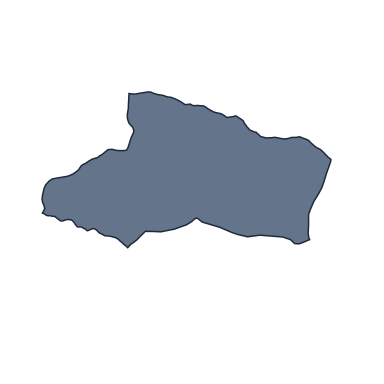 Ngatshang, Mongar, Bhutan, rotated 137°
{"feature_id": "84629894B52428030855326", "entity_name": "Ngatshang", "entity_type": "district", "adm_level": 2, "iso_a3": "BTN", "parent_name": "Bhutan", "parent_adm1": "Mongar", "projection": "albers", "projection_center": [91.33, 27.328], "detail": "fine", "context": "isolated", "style": "filled", "palette": "slate", "viewbox_px": 384, "rotation_deg": 137, "n_neighbors": 0, "source": "geoboundaries", "source_scale": "gbopen_adm2", "svg_char_len": 2954}
<svg xmlns="http://www.w3.org/2000/svg" viewBox="0 0 384 384"><g transform="rotate(137 192 192)"><path d="M277.0,195.1L272.2,195.5L269.7,195.0L265.0,194.6L258.9,194.9L252.6,195.0L251.8,193.8L248.1,190.4L241.9,184.1L230.1,176.8L218.2,171.7L212.6,170.6L207.9,170.5L206.4,169.6L205.8,168.5L205.3,164.6L204.9,162.8L195.8,147.3L190.5,135.3L187.4,129.5L184.2,124.8L182.0,121.4L171.8,114.1L156.4,97.3L152.5,90.1L152.1,84.2L149.0,81.0L145.2,79.4L139.1,77.2L138.4,77.0L137.9,78.6L135.4,82.4L129.9,87.7L122.0,96.1L117.1,98.6L109.1,102.1L101.2,104.2L94.7,106.4L89.1,109.2L80.0,114.4L70.5,119.3L68.3,120.9L68.2,121.7L68.7,124.5L68.8,131.8L69.1,135.5L69.8,137.6L70.7,139.9L71.1,142.4L71.5,146.6L71.6,150.2L72.4,152.5L74.2,155.9L75.6,159.0L78.4,160.8L82.0,164.0L85.6,165.8L88.8,168.3L89.9,169.8L91.7,172.2L93.9,175.3L96.6,177.3L100.8,180.8L102.5,183.5L104.0,185.7L104.1,188.9L104.3,190.8L104.3,192.0L105.2,193.0L107.4,197.7L107.3,202.1L106.8,206.7L106.0,209.0L106.3,211.5L107.3,214.4L107.4,215.2L107.6,216.8L108.3,218.0L110.6,219.1L115.0,222.2L115.9,223.4L116.3,226.2L117.6,230.0L118.2,230.6L120.1,233.4L121.4,235.4L122.6,238.8L123.5,241.7L124.2,245.1L124.9,247.3L126.1,248.4L128.8,251.4L130.4,252.7L131.5,253.6L132.8,255.4L133.3,257.5L134.6,258.4L137.2,260.4L137.7,261.4L138.6,265.5L140.0,269.6L141.4,272.9L141.8,273.6L143.0,275.9L145.0,278.1L147.4,282.6L150.3,286.2L152.4,289.5L153.8,292.7L154.1,293.3L155.6,294.9L159.8,297.8L162.9,299.9L166.3,302.0L169.3,304.9L170.9,307.0L174.5,303.5L180.4,297.8L181.2,296.8L185.9,293.3L188.5,290.6L189.8,288.4L191.1,285.5L191.3,282.6L191.2,279.7L192.5,276.9L194.3,275.3L199.2,273.4L208.4,268.2L211.0,267.3L212.0,267.6L214.4,269.5L218.0,272.9L219.8,275.4L221.3,277.7L224.6,280.3L226.6,280.4L229.9,280.6L232.3,280.7L235.0,281.5L236.9,281.4L239.1,282.3L240.3,283.1L241.2,283.3L243.0,284.4L243.9,284.3L245.9,284.9L249.7,285.4L253.3,286.5L255.0,286.7L257.8,286.1L260.1,285.5L263.5,285.9L266.7,286.3L271.0,287.8L272.9,288.8L277.8,292.0L281.9,294.7L285.2,296.8L289.1,297.5L290.9,297.3L294.2,297.0L298.2,295.2L303.1,291.9L306.6,289.0L308.2,286.4L309.7,282.6L310.9,280.5L312.4,279.7L315.8,278.6L315.1,277.3L314.6,275.2L314.1,273.7L313.0,272.3L312.0,271.5L311.3,270.5L310.5,269.2L309.2,268.1L309.0,267.2L308.6,264.6L308.3,262.9L308.1,261.3L307.4,260.0L306.4,259.0L304.4,258.2L303.1,257.5L301.5,256.6L300.4,255.2L299.4,254.2L299.1,253.0L299.0,251.8L299.0,250.3L299.4,248.3L299.5,246.4L299.6,245.1L299.2,244.1L297.6,242.7L296.9,242.1L296.5,241.3L296.3,240.0L295.7,238.6L295.2,237.7L295.2,236.4L295.1,235.2L294.2,234.6L291.9,233.9L290.2,233.2L289.0,232.4L288.3,231.2L287.9,229.9L287.8,228.6L287.7,227.0L287.8,225.6L287.3,224.2L286.7,222.9L286.1,220.9L285.7,219.9L285.5,219.2L284.5,218.3L283.0,216.7L281.6,214.9L280.5,213.0L279.2,211.0L278.8,210.0L278.2,208.1L278.1,206.9L278.1,205.5L277.8,203.8L277.6,202.2L277.6,201.0L277.5,199.6L277.4,198.8L277.1,198.1L277.1,196.0L277.0,195.1Z" fill="#64748b" stroke="#1e293b" stroke-width="1.5"/></g></svg>